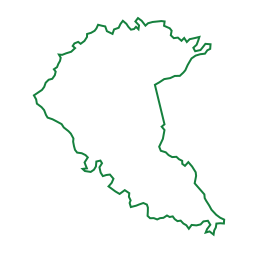 Marumbi, Paraná, Brazil, rotated 268°
{"feature_id": "56859067B89241056373141", "entity_name": "Marumbi", "entity_type": "district", "adm_level": 2, "iso_a3": "BRA", "parent_name": "Brazil", "parent_adm1": "Paraná", "projection": "mercator", "projection_center": [-51.666, -23.754], "detail": "fine", "context": "isolated", "style": "outline", "palette": "green", "viewbox_px": 256, "rotation_deg": 268, "n_neighbors": 0, "source": "geoboundaries", "source_scale": "gbopen_adm2", "svg_char_len": 2421}
<svg xmlns="http://www.w3.org/2000/svg" viewBox="0 0 256 256"><g transform="rotate(268 128 128)"><path d="M35.3,171.5L33.2,174.2L33.6,177.4L30.6,180.0L28.8,182.9L25.2,185.3L28.9,188.2L28.3,193.0L29.1,197.2L32.0,200.1L32.5,204.6L28.4,206.9L24.2,203.5L20.8,202.0L21.8,205.9L18.5,209.8L22.6,210.6L25.5,212.3L29.4,213.0L29.6,216.9L29.2,220.5L33.1,220.9L35.1,217.0L38.2,213.1L43.4,208.6L47.8,206.4L52.7,203.5L55.3,202.2L59.0,202.0L70.4,192.7L77.8,194.4L81.4,194.1L87.3,190.7L91.8,187.1L88.2,183.6L90.3,181.0L93.3,181.0L95.0,177.9L97.5,175.4L97.4,171.1L99.5,167.6L102.4,164.9L104.1,160.0L108.2,158.5L116.0,162.5L124.7,164.4L128.2,161.7L130.4,164.6L170.2,156.4L172.5,160.8L175.6,165.9L176.4,171.9L178.4,176.6L178.3,181.6L181.5,185.3L183.7,187.3L188.8,189.8L192.0,191.8L195.3,193.9L198.0,198.1L199.2,202.7L199.6,207.5L202.9,210.0L204.2,212.9L208.8,213.4L209.4,208.3L205.7,205.2L203.4,203.2L202.4,197.8L205.9,196.1L208.8,199.5L213.1,201.3L216.5,202.5L215.5,197.6L214.6,192.7L211.9,189.8L216.0,187.3L213.3,184.5L216.6,181.0L216.2,176.9L219.2,174.0L223.7,175.0L226.2,173.2L228.9,167.6L233.2,168.3L233.7,165.1L233.1,156.3L232.0,151.7L229.7,149.0L234.7,145.4L237.5,141.8L234.2,139.1L230.2,142.6L226.3,141.9L228.8,139.5L226.7,137.5L226.2,134.4L229.1,131.9L232.2,130.0L235.3,126.6L232.2,124.1L228.5,122.2L227.0,117.5L222.6,115.8L225.5,110.3L230.3,108.8L231.1,105.5L232.2,101.7L228.6,99.9L226.3,98.0L224.4,94.4L223.4,90.4L220.4,90.2L216.5,87.5L213.8,83.6L215.8,81.2L214.4,77.4L211.9,75.6L209.7,77.9L206.2,73.9L204.8,68.8L203.4,64.8L203.8,61.5L200.6,63.2L197.4,62.4L194.5,60.6L191.3,59.2L189.3,56.0L186.8,57.7L183.3,56.7L179.8,54.0L179.0,50.4L176.1,47.3L172.0,45.7L169.1,43.4L163.9,35.1L159.8,37.2L155.5,37.8L151.9,42.3L148.8,44.8L143.9,46.5L141.2,48.0L139.4,52.8L137.3,56.5L134.2,61.8L130.8,63.8L126.9,68.4L124.3,70.7L119.4,73.1L116.2,72.7L111.7,73.4L108.0,74.3L105.2,76.3L104.4,80.9L102.4,84.6L100.0,86.8L95.1,83.4L91.8,84.5L89.1,85.5L88.7,81.2L86.5,83.4L85.4,89.2L87.5,92.5L90.7,94.6L95.6,95.2L96.4,99.3L93.7,100.8L89.7,98.1L84.4,99.1L80.8,101.2L81.8,104.8L82.1,108.3L77.8,111.7L73.8,109.8L70.3,106.5L68.2,109.2L65.1,113.1L62.4,117.3L66.0,122.6L62.8,127.0L59.2,126.5L55.6,128.1L53.0,127.0L48.9,128.1L50.1,133.5L51.2,136.5L52.5,140.7L50.8,144.2L47.8,145.1L43.8,144.9L39.5,144.5L37.1,146.9L37.0,150.7L35.6,154.0L36.8,156.9L37.0,160.3L39.2,163.9L37.6,166.5L38.1,169.6L35.3,171.5Z" fill="none" stroke="#15803d" stroke-width="2"/></g></svg>